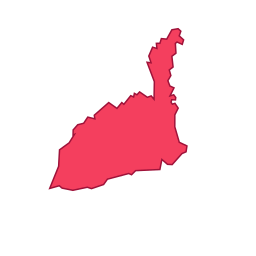 the district of Gazi Baba, Gazi Baba, North Macedonia, rotated 235°
{"feature_id": "65306769B82299046319271", "entity_name": "Gazi Baba", "entity_type": "district", "adm_level": 2, "iso_a3": "MKD", "parent_name": "North Macedonia", "parent_adm1": "Gazi Baba", "projection": "equal_earth", "projection_center": [21.531, 42.028], "detail": "fine", "context": "isolated", "style": "filled", "palette": "rose", "viewbox_px": 256, "rotation_deg": 235, "n_neighbors": 0, "source": "geoboundaries", "source_scale": "gbopen_adm2", "svg_char_len": 1100}
<svg xmlns="http://www.w3.org/2000/svg" viewBox="0 0 256 256"><g transform="rotate(235 128 128)"><path d="M123.4,29.2L120.1,38.6L116.6,39.5L108.6,47.1L102.8,60.7L99.3,63.3L95.7,75.6L97.9,81.8L90.3,102.5L87.7,104.1L88.7,109.8L75.7,130.3L82.8,137.7L75.6,139.5L72.7,143.2L76.1,157.5L75.2,161.9L79.5,166.0L86.9,161.8L102.1,167.0L111.9,173.9L115.5,180.5L121.3,180.6L122.1,178.0L124.4,178.0L126.1,180.0L123.8,183.0L125.6,184.6L129.0,184.5L130.2,180.8L134.5,188.7L138.4,186.4L143.9,187.8L146.4,193.2L151.9,195.1L152.1,199.9L161.6,205.1L161.8,210.2L170.1,215.3L170.3,217.5L165.4,220.4L168.3,224.1L174.1,222.8L177.0,226.8L180.6,226.0L183.3,220.3L178.6,210.7L182.1,206.6L179.1,202.7L181.1,199.8L176.6,197.3L180.1,194.5L175.0,186.3L168.2,184.3L170.9,181.3L150.9,176.2L136.6,165.8L141.0,165.4L142.0,161.5L150.9,158.2L150.1,154.4L152.7,153.1L150.2,150.4L152.9,148.8L149.8,138.2L152.4,137.5L150.4,130.2L159.9,126.8L157.8,107.7L154.5,106.1L160.0,101.3L157.3,94.4L159.5,88.7L157.9,82.0L153.8,79.0L153.5,80.4L149.6,71.3L149.4,59.4L136.4,49.2L123.4,29.2Z" fill="#f43f5e" stroke="#9f1239" stroke-width="1.5"/></g></svg>